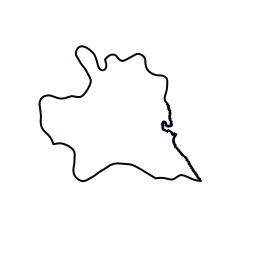 outline of Bajos de Haina, San Cristóbal, Dominican Republic, rotated 301°
{"feature_id": "3306468B44390196227357", "entity_name": "Bajos de Haina", "entity_type": "district", "adm_level": 2, "iso_a3": "DOM", "parent_name": "Dominican Republic", "parent_adm1": "San Cristóbal", "projection": "orthographic", "projection_center": [-70.023, 18.434], "detail": "fine", "context": "isolated", "style": "outline", "palette": "ink", "viewbox_px": 256, "rotation_deg": 301, "n_neighbors": 0, "source": "geoboundaries", "source_scale": "gbopen_adm2", "svg_char_len": 4048}
<svg xmlns="http://www.w3.org/2000/svg" viewBox="0 0 256 256"><g transform="rotate(301 128 128)"><path d="M119.9,217.5L120.2,217.5L120.2,216.4L120.7,216.4L120.7,215.8L121.3,215.8L121.3,214.1L121.8,214.1L121.8,212.4L122.4,212.4L122.4,211.2L123.4,211.2L123.4,209.5L124.0,209.5L124.0,208.3L124.5,208.3L124.5,206.6L125.1,206.6L125.1,205.5L125.6,205.5L125.6,204.9L126.2,204.9L126.2,203.2L127.2,203.2L127.2,201.4L127.8,201.4L127.8,200.3L128.3,200.3L128.3,199.2L128.9,199.2L128.9,198.6L129.4,198.6L129.4,198.0L130.0,198.0L130.0,197.4L130.5,197.4L130.5,195.1L131.6,195.1L131.6,193.4L132.2,193.4L132.2,192.3L132.7,192.3L132.7,188.8L133.2,188.8L133.2,187.1L133.8,187.1L133.8,185.4L134.3,185.4L134.3,183.6L134.9,183.6L134.9,182.5L135.4,182.5L135.4,180.8L136.0,180.8L136.0,178.5L136.5,178.5L136.5,177.9L137.1,177.9L137.1,177.3L137.6,177.3L137.6,176.8L138.1,176.8L138.1,175.6L138.7,175.6L138.7,175.0L139.2,175.0L139.2,174.5L139.8,174.5L139.8,173.9L140.3,173.9L140.3,173.3L141.1,173.3L141.4,173.3L141.4,172.7L143.1,172.7L143.1,172.2L143.6,172.2L143.6,172.7L144.1,172.7L144.1,172.2L145.2,172.2L145.2,172.7L146.6,172.7L146.9,172.7L146.9,172.2L147.4,172.2L147.4,171.5L147.4,171.0L146.9,171.0L146.9,170.4L145.8,170.4L145.8,169.9L145.2,169.9L145.2,169.3L145.8,169.3L145.8,168.7L146.3,168.7L146.3,167.6L146.9,167.6L146.9,164.1L146.3,164.1L146.3,163.6L145.2,163.6L145.2,160.1L144.7,160.1L144.7,159.0L145.2,159.0L145.2,158.4L145.8,158.4L145.8,157.8L146.3,157.8L146.3,157.2L147.4,157.2L147.4,156.7L148.0,156.7L148.0,156.1L149.0,156.1L149.0,154.9L151.2,154.9L151.2,155.5L151.8,155.5L151.8,156.1L152.3,156.1L152.3,157.2L151.8,157.2L151.8,157.8L151.2,157.8L151.2,158.4L150.7,158.4L150.7,159.0L149.6,159.0L149.6,160.7L150.1,160.7L150.1,161.8L150.7,161.8L150.7,162.4L151.2,162.4L151.2,163.0L151.8,163.0L151.8,163.6L152.3,163.6L152.3,164.1L153.4,164.1L153.4,163.6L153.9,163.6L153.9,162.4L155.0,162.4L155.0,161.8L156.1,161.8L156.1,160.1L156.7,160.1L156.7,159.5L157.8,159.5L157.8,158.4L158.8,158.4L158.8,157.8L159.9,157.8L159.9,157.2L161.6,157.2L161.6,156.7L162.1,156.7L162.1,156.1L163.2,156.1L163.2,155.5L164.3,155.5L164.3,154.4L164.8,154.4L164.8,153.2L165.9,153.2L165.9,152.1L167.0,152.1L167.0,151.5L167.6,151.5L167.6,150.9L168.1,150.9L168.1,150.3L168.6,150.3L168.6,149.2L169.1,149.2L169.3,149.2L169.8,147.2L170.3,146.0L171.2,144.9L173.2,143.6L180.3,141.7L182.9,140.6L188.5,137.5L190.2,135.9L190.7,134.8L190.9,133.7L190.8,131.3L190.0,129.3L188.4,126.2L187.5,123.9L187.0,119.9L187.2,117.2L188.0,114.6L189.4,112.4L191.9,110.0L195.5,107.6L196.3,106.8L197.3,104.7L197.7,102.4L197.4,100.0L197.0,98.9L196.3,97.9L195.5,97.0L184.5,90.5L182.9,89.0L182.4,88.0L182.1,85.9L182.6,83.9L183.6,81.3L183.9,79.3L183.7,78.3L182.6,76.4L180.8,74.8L179.8,74.3L177.4,73.5L174.9,73.1L171.5,76.5L169.6,77.7L168.5,78.1L167.3,78.1L166.1,77.9L164.9,77.1L164.2,76.0L163.9,74.8L164.0,73.6L164.4,72.5L165.6,70.6L169.0,67.2L172.4,63.2L173.8,60.9L174.7,58.2L175.2,55.5L175.5,51.5L175.2,48.9L174.4,46.5L173.6,45.5L172.5,44.6L171.3,44.1L170.1,43.9L167.7,43.9L165.4,44.7L164.3,45.4L163.5,46.2L158.9,54.7L156.5,60.9L155.3,63.1L151.6,69.4L150.0,71.3L148.9,72.0L147.6,72.6L144.9,73.2L140.6,73.5L136.3,73.2L133.5,72.8L132.2,72.3L131.0,71.8L130.0,71.0L129.2,70.0L128.2,68.0L127.1,64.9L126.1,63.0L121.0,58.5L118.8,55.6L118.2,54.4L117.4,51.9L116.1,45.5L115.1,43.1L113.5,41.1L111.6,39.5L110.4,39.0L109.1,38.6L107.7,38.5L105.0,38.9L102.6,40.1L94.9,46.2L92.6,47.7L88.0,50.1L85.1,52.6L83.6,54.6L82.4,56.9L80.9,63.4L80.0,66.0L78.9,68.2L75.8,72.4L78.4,75.5L79.8,77.6L80.5,78.8L81.3,81.5L81.8,84.2L81.9,86.9L81.7,89.6L81.1,92.1L79.9,94.3L78.0,95.9L70.6,99.9L64.6,102.4L63.5,103.0L61.5,104.6L59.9,106.5L58.8,109.0L58.3,111.6L58.4,114.2L59.2,116.6L59.9,117.7L61.7,119.3L69.1,123.5L75.3,126.0L82.1,129.6L86.9,131.8L89.9,134.2L92.3,137.2L97.5,147.6L98.4,150.2L98.7,151.6L99.0,154.6L99.2,159.1L99.1,177.5L101.5,180.7L102.8,182.9L103.9,185.3L105.4,190.0L106.4,192.1L107.9,193.6L113.6,196.4L114.4,197.1L115.2,198.1L115.7,199.3L116.4,201.9L117.3,209.1L117.9,212.1L119.9,217.5Z" fill="none" stroke="#020617" stroke-width="2"/></g></svg>